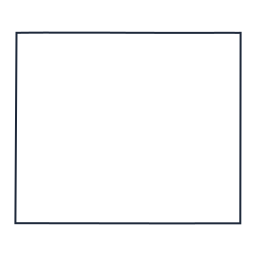 the district of Rawlins, Kansas, United States of America
{"feature_id": "52423323B33021828989067", "entity_name": "Rawlins", "entity_type": "district", "adm_level": 2, "iso_a3": "USA", "parent_name": "United States of America", "parent_adm1": "Kansas", "projection": "equal_earth", "projection_center": [-101.162, 39.785], "detail": "fine", "context": "isolated", "style": "outline", "palette": "slate", "viewbox_px": 256, "rotation_deg": 0, "n_neighbors": 0, "source": "geoboundaries", "source_scale": "gbopen_adm2", "svg_char_len": 391}
<svg xmlns="http://www.w3.org/2000/svg" viewBox="0 0 256 256"><path d="M23.7,223.2L172.8,223.4L240.3,223.3L240.6,32.8L236.2,32.9L234.0,32.8L174.4,32.9L144.3,32.8L133.5,32.8L109.9,32.7L97.3,32.7L94.0,32.7L89.5,32.7L81.9,32.7L70.7,32.7L58.0,32.7L55.6,32.7L45.5,32.6L45.1,32.6L39.3,32.7L28.8,32.7L16.9,32.8L16.5,32.8L15.4,223.2L23.7,223.2Z" fill="none" stroke="#1e293b" stroke-width="2"/></svg>